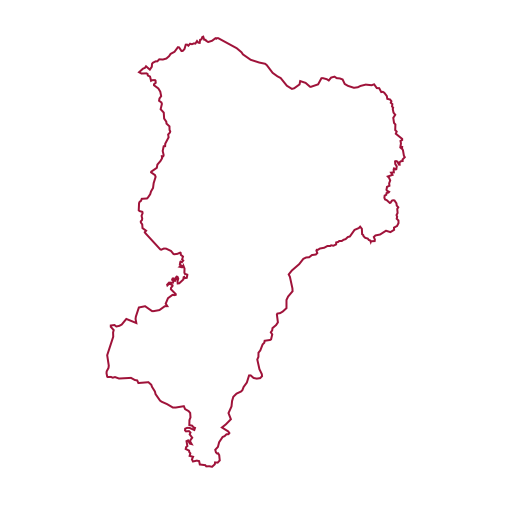 Krong Bong, Đắk Lắk, Vietnam, rotated 275°
{"feature_id": "81297802B29162792012865", "entity_name": "Krong Bong", "entity_type": "district", "adm_level": 2, "iso_a3": "VNM", "parent_name": "Vietnam", "parent_adm1": "Đắk Lắk", "projection": "albers", "projection_center": [108.512, 12.452], "detail": "fine", "context": "isolated", "style": "outline", "palette": "rose", "viewbox_px": 512, "rotation_deg": 275, "n_neighbors": 0, "source": "geoboundaries", "source_scale": "gbopen_adm2", "svg_char_len": 6100}
<svg xmlns="http://www.w3.org/2000/svg" viewBox="0 0 512 512"><g transform="rotate(275 256 256)"><path d="M42.1,224.8L42.5,227.8L42.2,230.6L44.9,233.1L46.8,233.2L46.8,235.8L49.2,237.7L54.4,236.7L56.1,235.5L55.8,234.6L56.9,233.2L59.4,232.3L62.5,234.7L67.3,235.5L72.8,238.5L73.8,240.4L75.8,242.1L76.1,244.1L77.3,244.9L78.9,243.5L82.2,237.0L85.6,240.6L91.2,245.2L97.1,242.3L104.0,244.7L109.5,244.8L113.8,245.7L117.2,248.6L119.7,252.9L121.1,254.1L124.5,255.1L129.1,257.9L136.4,259.5L136.6,261.1L134.3,264.2L133.9,267.4L134.7,270.8L136.8,272.5L138.8,272.1L143.5,269.3L153.0,266.3L155.7,267.2L159.9,266.9L162.3,268.5L168.5,270.3L170.3,271.8L172.3,272.0L173.6,277.4L174.3,278.3L179.3,279.0L181.3,277.4L183.3,278.6L185.6,278.7L188.9,282.0L191.8,283.6L199.6,281.9L200.5,282.3L201.2,285.0L203.0,287.5L206.7,290.9L214.9,290.2L218.4,291.5L224.1,295.5L226.9,295.1L238.2,291.6L240.5,290.2L244.7,293.0L251.6,299.7L257.3,303.4L258.9,306.1L259.4,309.1L261.8,311.6L262.7,315.5L264.3,316.8L266.6,315.7L267.5,316.0L267.6,317.2L269.0,319.0L270.2,323.3L272.2,326.3L272.4,329.0L273.2,329.9L273.0,332.2L274.5,334.8L276.5,334.7L277.2,336.7L278.2,337.6L278.4,340.1L279.8,341.8L280.6,343.8L282.9,345.8L283.6,347.8L290.6,351.9L292.8,356.0L294.3,357.2L292.3,359.1L287.0,359.8L286.2,361.0L285.1,361.4L283.6,363.2L283.1,365.8L281.8,367.0L281.4,368.5L280.0,369.1L280.7,369.3L281.2,372.9L282.7,373.0L285.2,371.7L286.9,373.2L288.2,377.7L292.5,383.3L291.5,387.8L294.1,391.3L296.3,391.0L298.2,393.9L301.2,395.1L303.8,394.8L305.4,392.9L307.4,393.2L309.0,392.4L311.2,393.3L315.2,392.6L316.9,393.5L318.5,391.8L320.7,391.3L323.4,389.1L323.5,387.8L323.0,386.6L320.8,385.4L320.5,384.7L323.0,381.4L323.6,379.6L325.2,378.8L327.4,378.9L328.3,380.4L330.1,380.6L330.8,382.5L331.5,383.0L332.4,380.9L333.3,380.2L336.3,380.5L337.6,382.8L340.0,382.3L343.0,383.1L345.4,381.8L346.7,380.4L348.7,384.9L350.8,383.3L351.3,386.0L354.4,385.6L355.3,385.9L354.4,387.7L354.7,388.2L357.6,388.4L359.8,386.7L362.4,386.3L362.8,387.2L362.4,388.6L359.5,390.4L359.5,391.1L361.8,390.8L363.0,392.1L363.4,393.8L364.9,393.6L367.4,395.6L368.8,394.6L374.1,393.2L376.0,392.0L377.4,392.1L377.5,391.3L376.2,391.0L376.7,390.3L380.9,390.6L383.2,389.9L384.3,391.5L385.4,391.4L390.0,384.6L392.2,385.3L393.6,383.7L399.2,383.4L400.6,381.9L405.6,380.7L408.8,382.4L410.8,380.5L414.4,379.4L415.7,379.7L416.8,378.5L419.2,378.6L420.4,376.9L422.0,377.4L423.6,375.9L424.0,373.1L426.7,372.4L429.8,369.6L430.6,368.0L430.2,366.5L433.9,364.1L433.8,361.7L437.3,358.7L436.2,356.3L436.3,350.4L434.5,345.2L433.0,342.8L432.1,338.9L433.5,332.8L435.1,329.4L439.4,326.9L440.2,324.0L440.2,320.9L441.5,318.6L440.3,315.3L437.2,313.2L438.3,311.1L439.0,307.1L438.8,305.7L432.4,302.9L429.3,295.9L429.3,295.1L432.8,290.3L434.1,284.8L430.7,284.4L426.4,279.4L425.6,277.2L428.3,271.9L435.4,265.1L436.9,261.6L439.9,256.6L447.1,250.1L448.3,248.3L449.0,242.4L451.0,233.6L455.7,225.4L457.7,223.8L461.3,218.7L469.7,199.4L469.6,198.0L469.0,197.4L469.4,196.6L466.6,193.5L465.0,189.7L466.1,187.5L467.0,186.9L466.9,185.6L469.9,184.3L469.4,183.4L467.0,182.8L466.5,181.5L463.4,181.3L463.5,179.9L465.0,178.5L462.3,177.1L462.4,175.7L461.4,173.7L461.7,171.8L459.6,170.3L460.6,168.9L460.4,167.6L455.9,166.7L453.9,165.1L453.7,163.9L457.1,161.2L457.2,160.0L452.3,157.0L449.9,153.3L447.5,152.0L444.9,149.5L443.6,146.1L443.5,142.5L441.3,140.7L441.2,139.1L439.5,136.4L438.4,135.7L435.4,135.7L432.4,134.0L435.4,129.9L433.8,129.0L432.7,127.0L428.9,123.5L427.8,126.0L428.4,131.0L427.9,132.1L426.4,132.5L425.5,134.8L421.4,136.2L422.1,137.2L422.4,140.1L422.0,140.6L419.8,141.0L418.2,139.4L417.2,139.5L414.4,144.1L411.4,146.3L407.0,147.6L404.5,146.1L402.2,145.9L400.7,148.4L399.3,149.0L393.9,148.2L390.8,151.6L384.9,152.5L382.0,154.9L380.1,155.3L377.6,158.5L374.0,158.9L372.7,159.7L371.5,159.5L369.4,157.9L366.6,158.6L360.0,155.8L357.5,155.9L357.3,154.5L356.8,154.4L352.5,153.9L348.5,155.2L347.2,154.9L347.2,153.5L345.1,153.9L342.2,152.5L338.5,149.8L335.2,149.5L330.9,144.3L330.2,144.2L327.8,148.3L326.1,149.1L319.7,147.7L314.8,147.5L311.2,145.8L308.3,145.2L304.9,143.3L303.8,142.4L303.0,137.2L300.9,136.6L299.9,135.4L298.5,134.9L291.3,135.2L290.6,136.1L290.1,138.9L288.9,139.3L286.0,138.5L283.4,139.4L281.9,139.3L280.4,138.2L279.3,138.4L277.6,139.9L273.9,140.5L271.6,144.3L270.0,143.1L269.2,143.7L254.3,160.0L254.0,161.0L255.4,163.6L255.5,165.8L253.6,170.9L250.8,173.6L250.6,174.4L251.3,177.5L252.8,180.2L252.5,180.7L250.6,181.0L249.1,183.3L246.1,182.7L245.1,183.9L243.3,182.7L243.8,181.3L243.4,181.1L240.7,180.9L240.0,182.5L238.6,181.0L238.3,183.4L238.9,184.4L239.8,184.6L237.2,185.9L233.2,186.1L232.0,186.7L231.4,189.2L230.5,189.2L228.2,188.9L227.7,186.8L228.9,186.3L228.6,185.8L226.2,185.6L222.1,181.9L221.8,180.4L223.9,180.0L226.8,180.5L228.4,179.6L228.6,178.8L226.9,177.6L226.1,178.3L226.8,179.6L226.0,179.5L225.5,177.6L224.2,177.5L224.2,177.1L226.5,175.3L226.3,174.9L225.0,174.5L224.0,176.0L222.1,175.5L221.9,171.7L219.7,170.0L219.0,170.3L220.4,171.5L220.6,173.1L219.6,175.4L219.0,175.5L216.8,174.1L215.5,174.1L211.0,179.4L210.3,179.4L209.9,178.2L210.0,176.2L206.3,172.0L200.7,170.2L198.3,172.0L198.0,169.5L193.7,164.5L192.2,159.0L192.0,157.3L196.3,149.9L194.5,143.8L185.1,141.6L182.8,141.5L178.8,142.6L182.0,132.3L176.0,128.2L174.5,125.9L173.6,123.0L174.9,121.0L174.1,117.4L172.8,117.5L169.8,120.7L167.4,120.3L163.1,120.8L144.2,116.4L133.9,118.9L131.6,118.8L128.1,117.3L126.2,117.3L122.8,118.3L122.5,118.9L122.9,122.0L122.3,123.9L123.1,126.1L122.0,130.2L123.7,142.1L121.9,146.1L121.7,148.5L119.2,149.9L120.9,159.8L118.6,162.9L116.6,163.8L112.2,167.1L109.6,168.0L103.6,173.0L102.6,174.7L100.7,180.3L97.8,186.4L98.0,189.1L100.1,197.2L97.3,198.7L95.6,202.4L93.9,204.1L89.5,204.8L86.7,204.0L81.8,204.3L81.4,207.2L79.9,208.6L79.4,210.2L77.3,209.7L79.0,204.6L78.8,202.4L77.8,200.5L76.1,200.5L75.2,201.5L75.7,204.5L74.4,206.1L72.5,205.5L69.4,208.3L66.9,206.7L65.4,206.6L63.0,208.3L63.3,206.5L66.4,204.4L65.5,202.9L60.7,204.2L59.5,203.0L57.6,202.8L56.3,206.3L54.9,206.6L53.7,207.8L51.1,207.3L50.5,210.8L47.8,209.9L45.8,211.1L47.0,214.9L46.7,217.2L43.4,218.2L43.2,223.7L42.1,224.8Z" fill="none" stroke="#9f1239" stroke-width="2"/></g></svg>